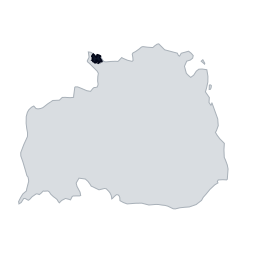 Kampong Rou, Svay Rieng, Cambodia (highlighted), rotated 186°
{"feature_id": "14789045B79980971591511", "entity_name": "Kampong Rou", "entity_type": "district", "adm_level": 2, "iso_a3": "KHM", "parent_name": "Cambodia", "parent_adm1": "Svay Rieng", "projection": "albers", "projection_center": [105.949, 10.943], "detail": "fine", "context": "in_parent", "style": "filled", "palette": "ink", "viewbox_px": 256, "rotation_deg": 186, "n_neighbors": 0, "source": "geoboundaries", "source_scale": "gbopen_adm2", "svg_char_len": 5115}
<svg xmlns="http://www.w3.org/2000/svg" viewBox="0 0 256 256"><g transform="rotate(186 128 128)"><path d="M228.5,41.1L229.1,43.4L227.5,47.6L225.7,51.4L222.5,54.8L222.3,57.2L221.2,64.6L221.7,66.9L222.4,68.9L223.5,69.9L226.4,77.1L229.1,83.6L231.7,89.0L232.1,92.3L229.8,100.9L227.1,108.9L227.4,112.8L228.6,116.7L229.8,122.0L230.4,128.7L229.7,133.1L228.5,135.8L226.1,138.6L224.0,140.0L221.5,137.7L219.5,137.6L216.8,138.3L214.7,139.4L210.5,143.5L205.7,147.5L199.1,148.5L196.6,151.5L193.9,151.9L188.7,152.1L185.3,152.8L185.4,154.3L185.2,161.3L185.2,162.9L184.7,163.4L182.3,163.6L178.4,162.5L172.9,160.8L169.1,160.5L167.1,163.6L166.0,164.7L164.5,164.9L163.0,165.5L162.5,166.8L162.3,168.5L163.1,171.5L163.4,176.1L163.2,179.3L164.6,181.3L172.8,188.0L175.3,189.7L175.5,190.7L174.1,194.3L175.4,199.5L172.8,199.4L168.5,197.2L166.4,195.8L163.9,196.9L163.0,196.7L161.4,194.2L159.1,191.6L156.9,191.4L152.0,192.4L147.1,193.1L145.3,193.1L144.5,193.6L141.6,197.4L140.4,196.8L135.5,195.3L130.9,194.7L130.0,195.7L130.6,198.8L131.5,201.9L130.9,203.2L128.5,204.8L125.2,207.7L123.1,209.9L121.7,210.5L116.7,210.4L111.7,210.6L109.7,212.8L107.8,214.4L106.2,214.9L99.7,209.6L86.8,207.6L85.4,205.3L84.2,204.9L82.9,207.9L75.8,210.7L72.9,208.9L70.7,206.8L71.0,204.2L73.1,202.1L76.6,200.6L78.3,195.3L75.7,188.5L73.3,186.5L70.9,184.9L68.2,187.4L66.0,191.7L63.7,193.9L60.4,194.4L55.7,194.2L53.9,187.7L53.4,182.1L54.1,175.8L54.8,172.0L50.3,166.8L50.1,161.8L47.9,159.3L47.3,160.6L47.3,162.0L46.7,160.9L39.7,146.4L38.5,139.7L39.8,134.5L40.6,132.8L38.5,130.0L35.6,126.9L30.6,122.8L30.3,116.4L29.2,108.8L27.7,106.3L25.4,101.6L24.2,97.7L23.9,87.5L24.5,86.7L28.2,86.5L32.8,85.8L33.6,84.2L32.8,82.8L35.8,80.5L40.1,75.5L43.5,70.3L45.9,67.0L47.3,63.7L52.2,59.0L58.8,55.9L63.3,55.1L68.0,54.1L72.5,52.5L74.6,52.4L80.1,54.4L83.1,54.9L86.3,54.9L89.6,55.1L92.4,54.9L99.2,53.6L106.5,54.7L112.9,53.9L120.9,52.4L124.8,53.4L128.4,54.9L128.9,58.0L129.7,59.5L130.9,60.5L132.5,60.5L134.5,58.4L136.2,56.2L136.8,55.8L136.9,56.9L137.7,59.3L139.2,61.7L140.7,63.2L143.3,65.3L145.0,65.4L150.4,63.5L158.6,66.4L159.6,67.8L162.2,70.7L165.1,72.8L171.5,73.0L173.8,67.8L172.7,64.7L169.0,59.2L168.0,55.9L169.2,55.4L175.3,54.7L176.3,54.1L177.7,50.5L179.4,50.9L182.8,51.4L186.4,49.0L188.5,46.4L189.7,47.6L191.0,49.4L192.4,50.4L195.0,51.9L197.9,54.1L199.6,56.2L201.1,57.0L204.7,56.4L205.7,56.5L207.8,53.9L209.3,52.5L210.6,52.9L212.4,52.9L216.2,49.6L218.4,46.6L219.6,45.7L223.0,47.2L224.4,46.9L226.4,42.8L228.5,41.1ZM51.6,179.1L50.9,179.5L50.2,179.4L49.5,178.8L49.6,176.5L50.1,175.1L51.3,174.8L51.6,179.1ZM62.2,202.1L60.7,203.7L58.4,200.4L58.5,199.5L62.2,202.1Z" fill="#d9dde1" stroke="#a8b0b8" stroke-width="1"/><path d="M170.2,191.1L170.1,190.9L170.0,190.7L169.9,190.7L169.7,190.4L169.4,190.2L169.2,190.2L168.9,190.1L168.7,190.1L168.4,190.0L168.2,190.0L168.1,189.9L167.9,189.8L167.9,189.7L167.7,189.7L167.5,189.4L167.4,189.5L167.0,189.6L166.8,189.6L166.6,189.6L166.4,189.7L166.4,189.9L166.4,190.1L166.4,190.4L166.4,190.6L166.6,190.7L166.7,190.8L166.7,191.1L166.8,191.2L166.8,191.3L166.9,192.2L166.7,192.2L166.5,192.3L166.4,192.4L166.3,192.5L166.2,192.5L166.1,192.4L165.9,192.3L165.7,192.2L165.4,192.0L165.4,191.9L165.3,191.7L165.2,191.7L165.1,191.4L165.1,191.2L165.0,190.9L164.9,190.7L164.8,190.4L164.7,190.4L164.7,190.2L164.6,189.8L164.6,189.5L164.5,189.4L164.5,189.2L164.4,189.2L164.3,189.3L164.2,189.4L164.1,189.5L163.9,189.7L163.8,189.8L163.7,189.9L163.7,190.0L163.4,190.1L163.2,190.1L162.9,190.1L162.9,190.3L162.8,190.5L162.7,190.7L162.7,190.8L162.7,191.0L162.8,191.0L163.0,191.2L162.9,191.2L162.9,191.3L162.7,191.4L162.6,191.5L162.4,191.6L162.2,191.6L162.0,191.8L161.9,191.9L161.7,191.9L161.5,191.7L161.4,191.6L161.4,191.4L161.2,191.3L161.1,191.2L161.0,191.3L160.9,191.3L160.8,191.5L161.0,191.9L161.1,192.0L161.2,192.3L161.3,192.4L161.4,192.5L161.5,192.6L161.6,192.8L161.8,192.9L161.8,193.0L162.0,193.2L162.1,193.4L162.2,193.5L162.3,193.6L162.5,193.8L162.7,194.1L162.8,194.3L163.0,194.5L163.2,194.8L163.3,195.0L163.5,195.3L163.0,196.3L162.8,196.6L163.0,196.8L163.3,196.9L163.5,197.0L164.0,197.2L164.2,197.3L164.5,197.3L164.8,197.5L165.0,197.5L165.6,197.6L165.8,197.7L166.0,197.7L166.3,197.7L166.4,197.4L166.2,197.3L166.1,197.2L166.1,196.9L166.1,196.7L166.3,196.6L166.5,196.5L166.5,196.4L166.8,196.2L167.0,196.0L167.1,195.9L167.0,195.7L166.9,195.7L167.0,195.6L167.0,195.4L166.9,195.3L166.9,195.2L166.7,195.0L166.7,194.9L166.7,194.7L166.8,194.7L167.3,195.1L167.5,195.3L167.8,195.5L168.0,195.6L168.2,195.9L168.4,196.1L168.6,196.3L168.7,196.5L168.8,196.5L169.0,196.8L169.2,197.0L169.3,197.1L169.5,197.2L169.6,197.4L169.9,197.5L170.0,197.6L170.2,197.8L170.3,197.9L170.5,197.6L170.8,197.2L171.0,196.8L171.2,196.4L171.3,196.2L171.5,195.9L171.5,195.7L171.5,195.4L171.4,195.2L171.2,195.2L171.1,194.9L170.9,194.8L170.7,194.7L170.5,194.4L170.4,194.4L170.3,194.2L170.3,193.9L170.3,193.6L170.5,193.5L170.5,193.4L170.6,193.2L170.7,192.8L170.8,192.8L170.8,192.7L170.7,192.7L170.7,192.4L170.6,192.2L170.6,191.9L170.4,191.8L170.5,191.8L170.5,191.7L170.4,191.7L170.5,191.6L170.4,191.6L170.4,191.4L170.3,191.2L170.2,191.2L170.2,191.1Z" fill="#0f172a" stroke="#020617" stroke-width="1.5"/></g></svg>